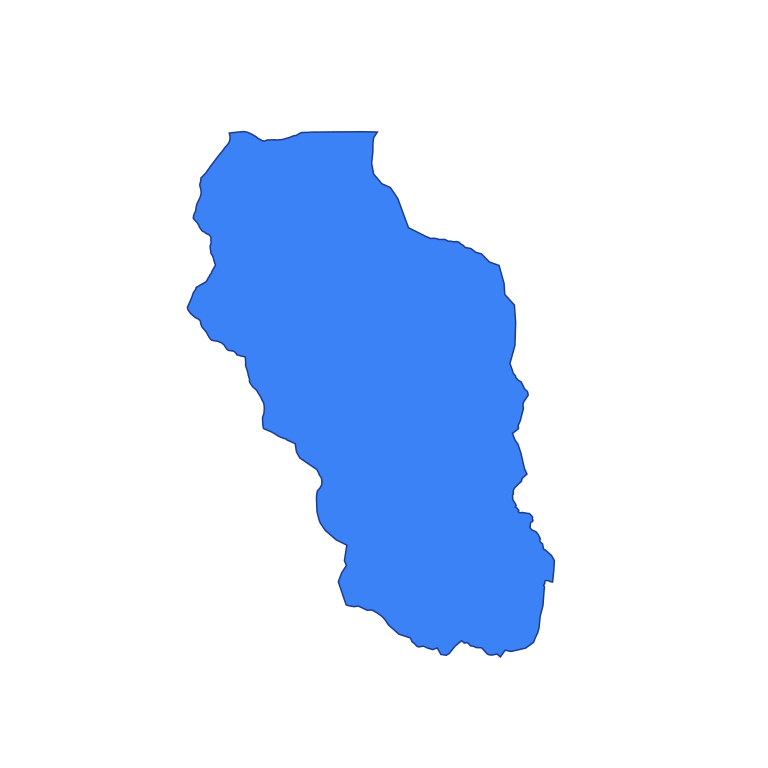 outline of Avram Iancu, Alba, Romania, rotated 35°
{"feature_id": "2599482B52871101223545", "entity_name": "Avram Iancu", "entity_type": "district", "adm_level": 2, "iso_a3": "ROU", "parent_name": "Romania", "parent_adm1": "Alba", "projection": "orthographic", "projection_center": [22.773, 46.378], "detail": "fine", "context": "isolated", "style": "filled", "palette": "blue", "viewbox_px": 768, "rotation_deg": 35, "n_neighbors": 0, "source": "geoboundaries", "source_scale": "gbopen_adm2", "svg_char_len": 5330}
<svg xmlns="http://www.w3.org/2000/svg" viewBox="0 0 768 768"><g transform="rotate(35 384 384)"><path d="M635.9,540.8L635.9,538.7L635.9,532.6L641.5,530.2L651.5,519.1L654.3,511.0L654.7,509.7L653.7,506.0L652.6,499.7L650.9,494.9L645.1,484.6L644.0,481.5L641.3,474.3L634.2,462.4L633.5,461.2L632.2,458.7L631.3,457.9L630.3,457.4L630.2,457.4L630.1,455.2L628.9,453.2L629.2,452.2L631.8,450.7L633.6,450.5L635.7,449.5L629.5,438.4L624.8,430.9L619.6,428.4L611.3,427.4L609.7,427.8L605.5,424.0L603.2,423.8L602.2,423.5L601.3,422.9L600.8,421.1L597.0,419.0L593.2,417.8L588.8,418.7L585.7,417.9L585.6,417.3L585.3,416.4L584.6,415.5L584.2,414.7L583.6,413.4L584.0,412.5L584.5,411.5L584.3,410.3L583.8,409.9L583.3,409.6L582.6,409.2L582.4,408.7L582.2,408.0L581.7,407.6L580.8,407.3L580.2,407.2L577.4,406.7L575.9,407.6L573.3,408.8L572.0,409.5L571.1,409.8L570.2,410.6L569.8,411.1L569.5,411.5L568.4,411.7L567.3,411.7L567.2,411.7L567.2,410.9L567.1,410.5L566.8,410.1L566.2,409.9L565.7,409.9L564.7,409.6L563.9,409.4L563.4,409.2L563.0,409.2L562.2,409.5L561.9,409.2L561.9,408.6L561.9,407.7L561.5,407.4L559.9,406.6L557.2,405.5L556.4,405.2L555.3,404.1L554.3,402.9L553.7,402.2L553.2,401.7L553.0,400.8L553.2,400.3L551.9,398.1L551.1,397.5L550.6,394.6L550.7,392.9L551.1,391.7L551.2,391.0L551.4,389.6L551.7,388.0L552.0,386.7L552.4,385.4L552.4,384.7L552.0,384.2L551.6,382.8L551.3,382.1L552.2,378.3L552.8,375.8L548.7,373.4L547.0,372.2L535.8,362.1L532.3,359.5L528.3,356.5L523.4,354.7L517.6,350.8L519.7,343.8L519.5,342.8L517.7,341.3L517.3,338.7L516.7,336.2L516.4,335.1L514.5,330.1L512.3,324.1L510.1,321.7L509.2,320.4L508.7,317.8L508.6,317.5L508.7,314.9L508.6,313.6L508.6,311.9L508.5,310.4L506.4,308.3L504.6,307.6L502.8,307.6L500.7,306.7L500.3,306.4L495.1,303.6L492.1,303.9L488.2,303.1L487.3,302.0L483.5,301.0L481.3,299.1L475.4,295.0L469.2,277.4L456.5,258.0L445.5,244.5L431.6,241.4L424.6,232.7L410.3,220.9L400.3,223.6L389.1,221.5L383.6,223.5L377.5,223.2L372.2,225.6L369.5,225.0L366.6,225.2L364.0,224.9L361.4,225.9L360.1,227.2L356.1,229.1L354.9,230.1L350.8,230.7L346.7,233.7L341.8,235.6L338.3,238.3L337.1,238.3L333.7,239.1L314.4,241.9L288.8,224.1L276.5,219.4L267.4,221.2L255.0,217.9L247.2,210.2L241.7,200.2L237.8,194.5L237.0,193.4L234.3,188.3L234.0,181.4L221.7,189.7L197.0,207.2L186.0,215.1L179.8,219.5L177.2,221.7L175.1,223.1L172.1,225.4L170.1,229.3L169.6,230.7L167.7,232.4L165.0,236.5L161.4,240.9L160.3,242.3L156.0,245.8L154.5,246.5L150.9,249.3L148.3,251.1L146.8,253.6L144.4,254.5L140.5,254.9L139.5,255.2L138.4,254.8L136.6,254.9L132.3,255.2L127.8,256.1L124.5,257.5L121.1,260.3L113.3,267.2L115.6,269.2L117.6,272.1L118.5,274.9L118.5,278.2L118.0,281.9L118.1,284.6L117.8,288.5L117.4,293.8L117.3,297.6L117.0,305.5L117.0,313.3L115.9,320.2L117.8,323.7L118.5,325.9L119.4,327.2L122.6,329.9L124.8,332.5L125.4,334.1L126.3,336.5L127.1,341.7L127.6,344.3L128.4,346.2L129.2,348.0L129.3,348.1L129.4,348.3L130.1,349.6L130.4,350.1L130.6,351.2L130.7,352.5L130.9,353.1L131.1,354.0L131.6,355.6L132.2,356.5L132.5,357.5L133.6,358.0L135.0,358.3L139.1,359.2L139.9,359.7L141.3,360.3L142.7,361.3L144.3,361.9L146.6,362.8L147.9,362.9L149.2,362.6L150.8,362.6L152.3,362.7L153.7,362.4L155.2,362.1L156.5,362.4L158.2,363.2L159.3,365.0L161.6,367.7L162.2,370.3L163.5,372.1L164.9,373.6L167.1,376.0L168.0,376.5L171.2,378.0L174.0,380.5L176.5,382.4L177.5,383.0L178.0,384.0L177.9,385.0L178.1,387.0L178.2,387.9L178.4,390.1L178.6,391.3L179.1,392.2L178.8,394.4L179.2,396.4L179.2,398.6L179.5,400.1L179.6,402.1L178.1,405.5L176.1,409.7L174.7,412.8L175.5,414.2L175.4,416.0L175.5,418.8L176.5,422.1L177.4,425.9L178.3,430.3L178.9,433.9L179.9,434.8L180.9,435.7L184.3,436.9L185.4,437.2L191.4,437.8L193.5,437.5L194.5,437.2L195.4,437.4L196.4,437.5L197.1,437.6L197.6,437.9L198.6,439.0L200.1,440.4L201.2,441.1L202.5,441.8L204.0,442.2L205.7,442.6L207.4,443.1L209.2,443.6L210.4,444.3L212.4,445.3L215.9,446.8L217.8,447.0L222.8,444.6L224.5,444.1L227.3,443.5L230.6,443.7L231.9,444.3L233.4,445.0L235.8,445.7L237.2,445.7L240.3,444.2L242.1,443.3L243.4,443.4L245.4,443.8L246.5,444.5L251.0,443.0L254.9,441.4L258.5,446.0L260.1,448.4L262.1,449.8L265.4,452.4L266.8,453.6L267.8,454.7L271.0,457.1L272.5,459.3L275.2,460.6L277.0,461.2L278.8,461.8L280.6,461.8L283.2,462.2L285.4,463.2L287.7,464.2L289.7,465.0L292.6,466.7L293.9,467.4L294.3,467.6L295.8,468.2L296.0,468.4L297.1,469.4L298.2,470.4L300.3,473.2L302.6,477.1L303.3,479.8L304.0,481.6L306.4,484.7L309.5,488.4L310.3,489.1L310.7,489.4L310.8,489.5L312.0,489.4L315.2,488.7L317.0,488.3L318.9,487.9L321.1,487.6L327.0,487.3L330.5,486.7L333.6,485.9L335.3,485.2L336.8,485.5L341.2,484.6L345.5,483.8L351.2,489.8L357.5,492.9L377.9,492.6L381.0,494.1L383.2,495.6L386.2,496.7L388.4,498.6L390.7,502.1L391.2,505.9L390.7,509.6L392.3,513.3L394.6,516.9L402.5,527.2L408.8,532.6L411.7,534.5L419.8,537.6L434.2,539.1L446.0,537.3L452.8,551.3L457.3,554.3L457.6,562.9L460.0,572.2L479.6,586.6L481.4,586.2L485.6,584.4L487.7,583.2L490.2,580.7L499.9,579.0L503.7,576.1L509.1,575.5L515.1,575.5L519.8,576.4L525.9,578.8L539.8,580.4L551.2,576.9L555.0,579.1L557.6,579.1L561.0,579.9L563.1,579.6L566.7,576.1L571.2,575.3L576.3,573.6L579.0,569.7L585.7,572.9L590.6,570.5L592.0,567.3L592.6,557.7L594.9,549.7L598.4,550.2L600.7,547.9L605.0,548.9L607.5,547.6L610.7,547.0L615.3,544.1L623.2,545.9L625.2,545.6L626.6,544.9L628.0,544.1L631.4,540.4L632.7,540.5L633.8,540.6L635.9,540.8Z" fill="#3b82f6" stroke="#1e3a8a" stroke-width="1.5"/></g></svg>